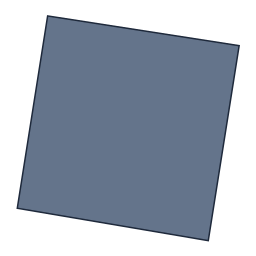 Potter, Texas, United States of America (orthographic projection), rotated 279°
{"feature_id": "52423323B78910372712846", "entity_name": "Potter", "entity_type": "district", "adm_level": 2, "iso_a3": "USA", "parent_name": "United States of America", "parent_adm1": "Texas", "projection": "orthographic", "projection_center": [-101.949, 35.402], "detail": "fine", "context": "isolated", "style": "filled", "palette": "slate", "viewbox_px": 256, "rotation_deg": 279, "n_neighbors": 0, "source": "geoboundaries", "source_scale": "gbopen_adm2", "svg_char_len": 226}
<svg xmlns="http://www.w3.org/2000/svg" viewBox="0 0 256 256"><g transform="rotate(279 128 128)"><path d="M29.3,224.9L226.7,224.9L226.1,31.1L31.4,31.2L29.3,224.9Z" fill="#64748b" stroke="#1e293b" stroke-width="1.5"/></g></svg>